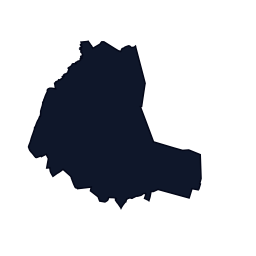 Veldhoven, Noord-Brabant, Netherlands, rotated 203°
{"feature_id": "6326949B72030349627304", "entity_name": "Veldhoven", "entity_type": "district", "adm_level": 2, "iso_a3": "NLD", "parent_name": "Netherlands", "parent_adm1": "Noord-Brabant", "projection": "albers", "projection_center": [5.404, 51.408], "detail": "fine", "context": "isolated", "style": "filled", "palette": "ink", "viewbox_px": 256, "rotation_deg": 203, "n_neighbors": 0, "source": "geoboundaries", "source_scale": "gbopen_adm2", "svg_char_len": 5400}
<svg xmlns="http://www.w3.org/2000/svg" viewBox="0 0 256 256"><g transform="rotate(203 128 128)"><path d="M153.1,206.3L153.3,205.9L153.4,205.6L153.7,205.1L154.0,204.8L154.3,204.5L155.0,204.1L155.8,203.6L156.2,203.4L156.4,203.4L156.6,203.4L156.8,203.4L157.2,203.7L157.9,203.9L158.2,204.0L158.7,204.0L159.1,204.0L159.5,203.9L159.7,203.7L160.1,203.4L161.5,202.1L162.0,201.6L162.4,201.2L162.5,201.0L163.0,200.1L163.3,199.8L163.2,199.7L164.2,199.0L164.4,198.7L164.5,198.3L164.5,197.9L164.6,196.1L164.6,195.9L164.7,195.7L165.0,195.3L166.0,195.5L166.2,195.4L166.4,195.3L167.7,195.4L171.2,195.9L174.3,196.4L183.8,197.9L185.8,197.1L186.1,196.4L186.5,194.3L191.5,187.6L194.1,189.6L195.0,189.9L196.0,190.7L196.3,190.9L197.2,191.4L198.6,192.3L199.1,191.8L204.8,188.7L204.6,188.5L204.4,188.2L204.1,187.8L203.9,187.5L203.7,187.4L203.5,187.0L203.5,186.8L203.5,186.7L204.2,186.3L204.3,186.2L204.2,185.9L203.8,185.7L203.4,185.4L203.1,185.4L202.8,185.4L202.6,185.2L202.3,184.9L202.2,184.8L202.3,184.6L203.4,183.3L203.5,183.0L203.4,182.9L203.2,182.9L203.0,183.0L202.7,183.3L202.5,183.7L202.4,183.7L202.2,183.7L202.1,183.3L202.2,183.0L202.7,182.4L203.0,182.0L203.2,181.8L203.0,181.7L202.9,181.6L202.2,181.8L201.9,181.9L201.4,181.5L201.1,181.2L201.5,180.8L201.5,180.5L201.1,179.8L200.8,179.3L200.6,179.3L200.4,179.5L200.1,179.5L199.9,179.4L199.6,179.0L199.3,178.5L199.1,178.2L198.5,177.8L198.3,177.6L198.2,177.4L198.2,176.6L198.3,176.3L199.1,176.0L199.1,175.9L199.3,175.7L199.3,175.4L199.4,175.2L199.3,174.9L199.2,174.7L198.8,174.5L197.9,174.6L197.7,174.4L197.9,174.1L198.1,173.9L198.5,173.5L198.9,173.2L199.0,173.0L199.0,172.9L198.9,172.8L198.4,172.1L198.3,171.9L198.4,171.7L198.6,171.3L199.1,170.5L199.2,170.3L199.4,170.2L199.8,170.3L200.0,170.2L200.2,169.9L200.4,169.4L200.5,169.3L200.7,169.2L200.8,169.0L200.9,168.7L201.2,168.2L201.8,167.8L201.8,167.7L201.8,167.3L201.1,167.2L201.0,166.9L203.6,165.7L204.0,165.4L204.2,165.1L204.3,164.3L204.2,163.7L204.2,163.3L204.3,163.0L204.4,162.9L204.9,162.4L205.0,162.2L205.0,161.9L205.2,161.6L205.3,161.5L205.6,161.2L205.9,160.8L206.5,159.8L206.5,159.7L206.4,159.6L206.2,159.6L205.8,159.7L205.4,159.8L205.3,159.7L205.1,159.5L205.1,159.2L205.3,158.7L205.4,158.4L205.2,158.0L205.0,157.8L205.0,157.6L205.1,157.3L205.4,157.0L205.4,156.9L205.3,156.5L205.0,155.6L205.0,155.4L206.5,153.4L207.2,152.9L207.5,152.6L207.7,152.2L208.0,151.3L207.9,151.2L207.2,151.0L207.0,150.9L207.0,150.6L207.3,150.3L207.6,150.3L208.0,150.1L208.4,149.7L208.6,149.5L208.6,149.4L208.3,149.3L207.8,149.3L207.7,149.3L207.7,149.2L207.7,148.8L207.7,148.5L207.8,148.1L208.0,147.8L208.8,146.9L209.2,146.0L209.6,145.4L210.0,145.3L210.4,145.5L210.5,145.5L210.7,145.3L210.7,145.2L210.7,144.5L210.7,144.4L210.8,144.2L210.9,143.8L211.9,142.9L212.3,142.5L212.5,142.2L212.1,141.5L212.1,141.4L212.7,141.0L213.0,140.8L213.1,140.6L212.8,140.1L212.7,140.0L212.4,139.5L212.2,139.3L211.0,137.3L209.9,135.8L213.5,134.9L214.1,134.7L215.3,134.2L215.7,133.9L215.8,133.8L216.2,133.4L216.6,133.0L217.0,132.3L217.1,132.0L217.1,131.7L217.1,131.4L217.1,131.2L216.9,131.1L216.7,131.0L216.6,130.9L216.5,130.5L216.5,129.8L216.5,128.7L216.6,127.2L216.6,125.8L216.6,125.3L216.6,124.8L216.4,121.8L216.5,121.6L216.4,121.5L216.4,121.1L216.4,120.7L216.3,120.3L216.2,118.9L216.4,118.7L216.5,118.6L216.5,118.3L216.3,118.2L216.2,118.1L215.6,115.3L215.2,111.2L215.0,110.1L215.0,109.8L215.0,109.6L214.9,109.5L214.8,109.0L214.7,108.7L214.2,107.6L214.0,107.2L213.6,105.4L213.3,105.3L213.2,104.3L213.7,104.2L213.8,103.9L213.8,103.7L213.7,101.8L213.7,101.4L213.7,100.9L213.9,100.1L214.0,98.9L214.0,98.3L214.0,96.8L213.9,94.6L213.8,93.3L213.8,92.9L213.9,92.4L214.1,92.3L214.1,91.6L213.9,91.6L213.7,91.4L213.4,87.5L213.2,84.8L213.2,83.9L212.9,80.3L212.6,78.2L212.5,77.3L212.4,75.6L212.4,74.3L212.3,72.6L212.2,71.8L212.1,71.6L211.9,71.4L210.3,69.7L209.6,69.1L207.9,68.1L207.3,67.9L204.7,66.6L203.0,65.6L202.9,65.7L201.6,64.9L200.7,65.1L200.4,65.3L197.3,68.3L196.6,67.8L193.1,71.9L189.3,68.7L187.2,59.4L186.2,59.9L184.5,60.9L182.9,58.3L182.5,57.7L182.0,57.2L181.3,56.5L180.3,55.8L180.0,55.5L178.6,54.5L178.2,54.2L175.4,58.8L175.2,59.1L174.7,59.6L172.9,62.4L172.2,63.7L171.7,64.6L162.5,61.5L162.1,61.3L161.8,61.1L161.3,60.7L161.1,60.7L160.8,60.6L160.6,60.4L160.5,60.2L160.5,59.8L159.0,58.3L159.0,58.2L156.2,55.3L153.8,53.1L153.4,52.8L152.9,52.6L152.6,52.6L152.1,52.6L151.5,52.8L151.1,53.1L150.7,52.5L138.7,59.3L138.0,55.5L128.6,53.0L127.9,52.2L125.5,49.7L120.4,50.9L120.2,51.1L119.9,51.4L118.6,53.4L118.5,54.2L118.7,56.5L113.7,58.4L113.5,58.5L111.4,58.4L111.5,57.0L111.5,56.9L111.3,56.7L108.8,55.1L108.7,55.2L103.5,51.9L103.3,51.7L103.1,51.5L103.0,52.8L102.6,55.1L101.7,58.7L101.6,58.9L101.2,59.1L101.3,60.3L101.5,61.1L101.5,61.4L101.4,61.7L101.3,62.0L100.8,62.7L100.4,63.2L100.2,63.4L99.1,64.4L98.9,64.5L98.4,64.7L97.8,64.6L97.3,64.7L97.0,64.8L96.8,64.9L96.6,65.1L96.4,65.5L95.3,66.7L94.2,68.0L92.9,69.1L92.5,69.0L92.4,69.1L90.6,70.5L89.8,71.1L89.7,71.3L89.3,71.7L88.7,72.9L88.3,73.6L88.2,73.7L87.1,74.2L86.9,74.3L86.5,74.6L85.6,74.1L85.3,69.7L81.1,69.5L80.9,69.5L80.4,69.3L80.8,73.1L82.0,78.5L79.8,79.5L76.4,83.2L44.4,87.5L45.4,97.2L39.3,98.5L39.5,99.0L38.9,99.7L39.0,99.8L39.5,104.8L40.3,104.9L41.0,110.0L51.1,131.7L63.5,131.5L69.0,128.7L77.6,127.6L99.1,125.2L113.3,140.2L123.6,151.0L125.0,152.6L123.9,153.2L125.9,160.8L129.4,174.4L129.7,175.8L134.6,182.2L152.6,205.5L152.7,205.8L153.1,206.3Z" fill="#0f172a" stroke="#020617" stroke-width="1.5"/></g></svg>